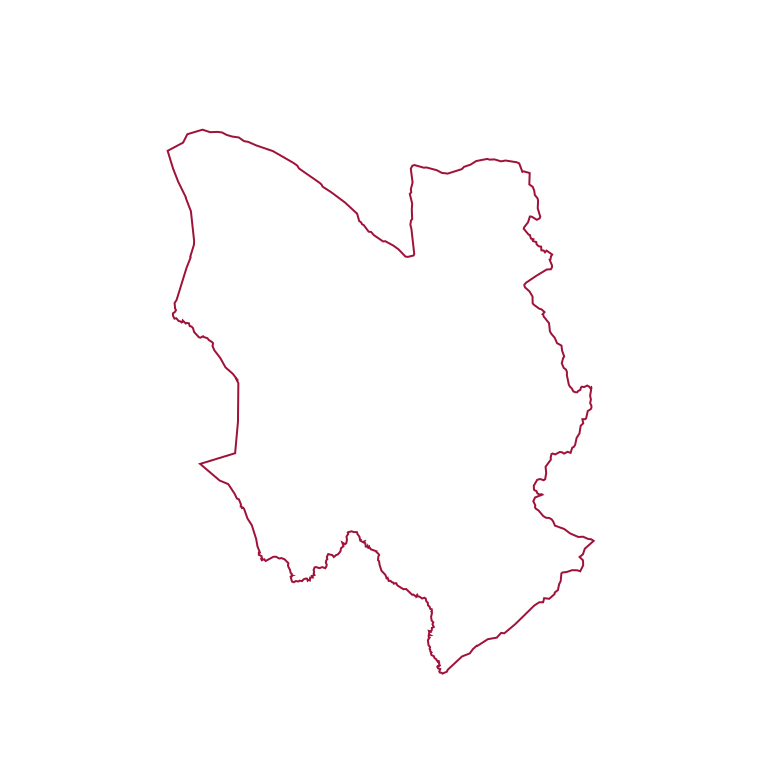 Poso, Sulawesi Tengah, Indonesia, rotated 164°
{"feature_id": "22746128B71918225941207", "entity_name": "Poso", "entity_type": "district", "adm_level": 2, "iso_a3": "IDN", "parent_name": "Indonesia", "parent_adm1": "Sulawesi Tengah", "projection": "robinson", "projection_center": [120.54, -1.674], "detail": "fine", "context": "isolated", "style": "outline", "palette": "rose", "viewbox_px": 768, "rotation_deg": 164, "n_neighbors": 0, "source": "geoboundaries", "source_scale": "gbopen_adm2", "svg_char_len": 6153}
<svg xmlns="http://www.w3.org/2000/svg" viewBox="0 0 768 768"><g transform="rotate(164 384 384)"><path d="M527.7,667.8L527.4,649.5L526.1,635.3L522.9,617.5L523.3,618.1L522.0,603.3L527.1,573.8L528.4,570.1L535.2,559.7L534.9,559.1L542.0,549.8L560.1,522.1L563.0,519.5L564.0,514.1L563.6,512.3L565.3,510.8L567.4,510.1L568.0,507.9L567.4,504.6L565.6,504.5L564.0,501.1L562.3,500.2L561.7,499.0L560.6,499.2L559.9,500.5L557.9,496.8L556.8,497.1L554.8,496.1L554.8,493.2L553.2,492.3L552.2,490.3L552.2,486.3L549.0,479.9L547.6,479.1L544.8,479.8L544.4,478.9L541.1,476.7L540.3,474.6L537.7,471.7L537.1,470.3L538.4,467.6L537.8,463.2L534.2,454.1L531.8,443.7L526.5,435.4L524.1,429.3L524.7,429.6L523.8,424.9L534.8,387.9L546.2,358.5L582.8,357.9L568.6,336.5L561.3,330.7L557.8,319.5L557.0,314.4L555.3,313.2L554.7,307.8L555.5,305.7L554.7,305.4L554.7,303.9L553.5,303.9L552.9,302.5L552.3,292.4L550.0,284.7L549.6,270.2L550.4,262.8L549.7,256.2L550.8,256.4L551.4,254.3L549.2,252.4L549.2,250.7L549.7,250.4L549.2,249.1L550.2,249.3L550.0,248.3L547.5,248.6L546.6,246.5L537.9,248.4L535.4,247.7L532.8,245.1L530.7,245.0L527.9,242.9L525.3,238.1L526.3,236.2L526.3,234.3L525.6,231.5L525.8,228.3L525.0,227.0L525.5,225.6L525.0,225.3L525.7,225.3L525.8,224.4L526.9,224.3L526.9,219.5L525.3,218.3L523.0,218.9L521.0,217.8L519.3,218.2L517.2,217.1L515.1,218.4L512.7,218.6L511.6,218.0L511.6,216.0L510.6,216.4L509.4,215.6L508.4,218.3L505.8,217.7L506.2,219.4L503.5,219.5L503.8,221.4L502.9,222.7L503.0,224.5L501.3,226.8L499.9,226.8L496.8,224.8L493.8,225.0L491.2,223.1L489.4,224.9L488.8,226.4L489.2,228.3L488.0,230.5L486.7,231.3L486.7,233.4L484.5,235.9L480.8,233.7L479.9,231.5L477.4,232.7L475.1,233.0L472.0,235.1L470.7,237.9L467.6,239.3L467.8,243.1L465.6,240.8L464.2,241.3L462.5,244.6L462.1,247.7L459.7,249.8L459.8,251.2L459.3,251.5L455.7,251.3L453.9,250.0L450.9,249.1L450.8,246.9L449.7,244.0L450.0,240.9L449.4,240.6L449.9,239.9L447.2,237.2L446.9,237.3L446.3,238.2L446.0,238.2L446.5,237.6L445.9,235.8L446.4,232.8L444.7,231.9L444.6,232.7L444.4,232.9L444.3,231.3L443.3,231.7L443.6,230.7L442.8,230.6L442.2,228.7L437.4,225.3L437.7,224.9L436.2,222.3L435.8,220.9L437.0,219.7L438.3,216.4L437.6,214.9L438.1,211.4L437.9,205.2L435.3,200.2L435.0,196.9L434.4,196.8L434.9,196.3L433.7,195.3L433.8,193.4L431.9,192.9L431.0,191.2L429.7,190.5L429.7,189.4L427.2,189.2L426.6,186.6L421.9,181.4L419.2,180.8L415.0,173.6L413.8,173.5L411.9,171.0L410.9,171.7L411.2,170.7L410.3,171.1L410.4,170.6L408.6,169.9L406.5,167.3L404.1,167.4L403.1,166.4L403.2,163.4L402.2,161.6L402.7,159.0L401.6,157.5L401.5,155.1L400.2,154.3L400.5,152.7L401.3,152.1L400.0,152.8L401.2,152.1L400.9,150.8L402.9,147.3L403.4,143.5L402.3,141.3L403.6,139.8L403.1,136.7L405.2,136.4L405.9,134.2L407.1,133.3L408.9,134.3L408.9,133.2L408.4,133.4L407.9,133.4L407.7,133.2L407.6,132.9L408.9,133.1L409.8,130.8L408.8,129.8L410.3,130.1L411.0,127.3L410.6,127.2L412.4,125.7L413.2,120.6L412.2,118.4L413.2,116.7L412.8,115.5L413.2,114.3L412.3,112.9L413.1,112.4L413.1,110.4L411.1,108.6L411.0,106.6L409.6,105.0L409.5,103.5L407.9,102.6L408.6,101.6L407.7,101.1L408.2,99.6L407.9,98.0L408.8,97.6L409.9,98.1L410.7,97.5L410.4,95.7L408.5,94.5L410.1,92.4L409.9,91.3L408.0,90.4L407.6,89.5L402.9,90.1L401.6,91.7L384.1,100.6L375.8,101.4L371.5,104.7L367.0,106.9L366.5,106.5L354.5,110.1L345.5,109.1L340.0,112.5L337.1,111.2L324.0,117.0L300.7,129.6L294.9,131.4L291.2,130.3L289.1,134.0L284.4,132.0L278.0,135.0L277.3,136.5L273.6,138.0L270.9,143.2L268.5,145.8L265.7,153.0L264.6,153.6L259.9,152.9L254.5,153.2L249.5,151.6L247.0,149.9L242.6,154.7L241.8,157.5L241.4,159.8L243.7,163.8L239.7,165.5L236.4,170.3L225.7,175.4L227.6,177.6L230.5,178.8L234.7,182.3L239.4,183.4L246.2,189.0L250.8,195.0L258.7,200.7L259.3,205.5L260.2,207.8L262.2,209.7L265.2,210.8L267.4,213.3L270.3,219.8L272.5,222.4L272.8,223.9L272.0,225.7L272.8,230.2L270.0,233.3L262.3,234.0L262.8,234.6L265.0,234.9L266.7,236.6L267.0,239.1L268.7,240.5L268.9,241.5L268.0,245.0L263.1,249.7L260.1,249.6L257.0,247.5L255.3,248.1L252.6,253.8L251.5,259.9L244.5,265.3L244.0,267.5L242.3,270.5L241.1,270.7L238.8,269.1L233.7,270.2L231.6,269.2L230.2,267.5L226.2,268.2L223.6,266.4L220.7,270.8L218.5,271.4L217.0,272.9L213.7,279.1L209.8,282.5L206.4,289.7L203.3,291.3L203.0,295.5L200.3,294.7L199.1,295.4L195.6,301.8L192.3,302.8L191.2,303.9L190.6,306.0L191.1,308.9L189.4,312.0L189.1,315.9L185.7,323.1L185.7,323.6L186.8,323.0L187.5,324.9L189.1,326.5L192.5,325.9L194.5,326.9L195.7,326.3L196.9,324.2L199.5,323.7L200.4,322.8L201.7,323.0L204.0,324.6L204.7,328.0L206.1,330.5L206.5,332.5L205.8,342.0L204.8,345.2L205.1,347.7L206.8,349.9L207.4,354.9L204.7,359.5L203.2,360.7L203.6,367.1L202.8,372.0L206.4,375.6L207.2,381.6L209.3,386.0L210.0,388.9L208.6,397.0L212.0,405.1L211.7,407.0L212.2,407.4L209.9,408.9L211.9,412.2L214.1,413.7L218.4,419.3L218.8,420.9L217.1,427.1L218.6,432.9L221.7,437.8L222.0,439.8L221.7,440.8L219.5,442.2L207.9,446.0L196.1,449.2L192.0,448.3L190.5,449.7L189.8,451.4L190.5,457.8L189.7,457.9L188.2,460.8L186.6,462.1L191.0,467.4L192.9,466.2L193.7,468.3L195.9,469.1L195.1,472.7L197.2,473.7L198.8,476.1L198.5,478.5L201.4,480.3L201.5,481.5L200.6,482.0L202.7,483.4L202.7,487.0L203.8,487.7L206.9,494.7L206.2,495.9L201.0,499.7L197.6,504.8L195.8,504.1L191.8,499.7L188.8,500.3L187.7,501.6L187.8,510.5L185.4,517.6L185.2,520.1L186.9,524.1L186.3,528.5L186.7,532.5L189.3,535.8L185.8,546.6L191.1,549.9L192.5,549.8L193.2,558.7L195.2,560.5L205.5,565.3L210.2,565.8L215.8,569.4L220.7,570.6L222.7,571.9L233.9,572.9L240.5,571.0L247.2,570.7L249.9,569.1L264.8,568.7L270.2,571.0L274.4,575.0L283.4,580.4L286.2,581.0L294.4,586.1L296.6,586.0L298.9,583.6L301.0,569.7L304.5,563.9L305.0,560.7L306.8,559.7L307.2,549.6L309.1,544.4L311.5,534.7L313.0,533.7L314.8,529.7L314.9,525.5L319.1,500.6L320.1,499.4L325.9,499.6L328.2,500.5L332.9,509.4L336.9,514.5L343.4,520.9L345.6,521.3L352.7,529.9L354.5,533.7L356.8,534.7L359.7,542.4L361.0,543.5L361.5,545.8L362.9,547.4L362.9,555.1L371.6,569.4L381.8,582.8L388.6,590.6L389.1,592.9L390.2,594.8L406.3,614.6L407.2,617.9L410.1,621.5L426.6,638.5L441.1,648.6L447.8,654.2L451.6,656.0L455.6,661.0L461.9,663.8L466.7,666.9L470.3,670.4L474.1,672.1L481.7,674.0L488.4,678.5L504.2,678.3L510.6,671.4L527.7,667.8Z" fill="none" stroke="#9f1239" stroke-width="2"/></g></svg>